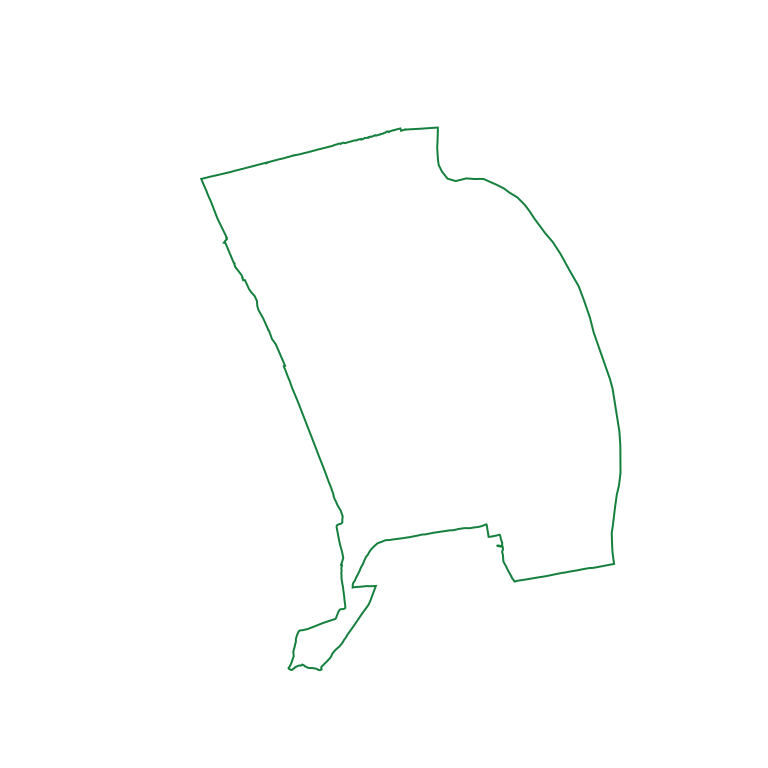 the district of Ostrov, Tulcea, Romania, rotated 152°
{"feature_id": "2599482B49066232260095", "entity_name": "Ostrov", "entity_type": "district", "adm_level": 2, "iso_a3": "ROU", "parent_name": "Romania", "parent_adm1": "Tulcea", "projection": "albers", "projection_center": [28.19, 44.921], "detail": "fine", "context": "isolated", "style": "outline", "palette": "green", "viewbox_px": 768, "rotation_deg": 152, "n_neighbors": 0, "source": "geoboundaries", "source_scale": "gbopen_adm2", "svg_char_len": 6118}
<svg xmlns="http://www.w3.org/2000/svg" viewBox="0 0 768 768"><g transform="rotate(152 384 384)"><path d="M216.1,585.2L232.9,592.7L242.6,597.2L245.9,598.6L245.8,598.8L248.4,599.3L250.0,599.5L249.6,601.9L252.9,602.8L255.9,603.3L255.9,603.5L259.3,604.2L260.7,604.3L261.3,604.1L261.5,604.2L261.6,604.3L261.5,604.6L261.8,605.1L262.2,605.2L262.5,605.4L262.9,605.5L263.2,605.6L264.2,605.3L264.7,605.3L265.0,605.4L265.4,605.4L265.8,605.6L267.4,605.6L268.0,605.8L270.3,606.3L270.4,606.1L271.0,606.4L274.5,607.0L274.6,607.5L274.9,607.8L277.2,608.0L278.1,608.1L279.2,608.2L279.7,608.5L280.0,608.9L281.2,609.1L281.6,609.0L281.8,608.7L282.2,608.8L282.3,609.2L283.5,609.3L285.3,610.2L285.7,610.3L286.4,610.2L287.1,610.1L288.2,610.1L289.5,610.6L289.6,610.8L289.4,611.2L291.2,611.7L292.0,611.7L292.2,611.9L292.3,612.0L292.9,612.0L294.1,612.1L295.7,612.9L304.9,614.9L305.3,614.9L306.6,616.1L306.9,616.3L307.5,616.3L308.0,616.2L308.3,616.4L309.1,616.5L309.6,616.3L309.9,616.8L310.2,617.1L311.8,617.6L312.7,617.6L313.7,617.8L315.4,618.3L317.5,618.4L329.0,621.2L332.8,622.2L335.2,622.6L335.9,622.9L342.8,624.4L345.5,625.2L349.5,626.1L353.0,627.1L356.5,628.3L356.5,628.1L359.7,629.0L361.0,629.1L361.7,629.4L366.1,630.3L368.6,630.9L371.5,631.8L373.8,632.2L376.7,633.0L378.5,633.3L379.2,633.6L380.9,633.8L381.5,634.1L383.9,634.1L383.6,634.6L409.6,640.8L415.2,642.2L417.6,642.7L419.9,643.2L434.2,647.0L440.7,648.8L445.0,649.8L446.6,650.3L448.0,650.6L449.1,650.9L449.5,646.4L450.1,638.4L450.4,636.2L450.7,633.6L451.2,626.2L453.4,608.0L454.1,587.0L454.6,587.1L454.8,585.6L456.6,585.1L459.1,583.9L458.8,583.6L457.8,583.6L459.8,561.1L459.3,560.8L460.0,559.3L460.0,559.0L460.4,557.5L458.7,547.2L458.9,544.2L459.3,544.2L459.6,541.7L458.0,541.0L458.6,531.2L458.2,527.4L456.9,522.5L457.2,517.0L459.2,512.5L459.8,509.8L460.1,507.5L459.9,501.8L459.9,497.8L460.6,488.0L460.8,486.5L460.6,486.5L460.6,485.9L460.6,484.6L461.4,478.6L461.6,477.8L461.8,476.5L460.9,469.8L462.8,446.5L464.1,446.8L464.4,445.1L464.7,440.9L465.0,439.1L465.3,436.9L465.6,434.2L465.7,432.0L466.7,425.6L467.1,422.3L468.3,409.3L469.7,397.3L470.8,388.3L473.9,362.2L475.4,350.5L476.1,343.9L477.3,333.9L478.9,322.6L479.1,319.6L479.4,317.5L480.4,310.9L481.0,308.8L481.3,308.0L481.7,304.8L481.6,303.7L481.6,302.7L481.9,300.1L481.9,295.8L481.6,293.3L482.5,287.2L482.8,286.2L484.4,284.0L485.0,282.9L485.5,281.8L485.9,281.3L486.3,281.1L486.9,280.9L487.7,280.9L489.7,281.3L491.2,281.4L491.9,281.3L492.3,281.0L492.8,280.4L493.2,279.5L493.5,278.2L493.7,277.8L497.1,266.8L498.5,261.6L499.7,255.9L501.6,249.6L504.8,246.3L506.7,244.7L506.8,244.5L506.5,244.4L506.2,244.1L506.2,243.9L506.2,243.6L506.4,243.3L507.8,241.9L508.3,241.1L509.1,238.9L509.4,238.6L510.2,237.5L510.9,236.3L511.1,235.6L511.2,235.2L511.4,234.7L511.7,234.3L512.3,233.4L512.7,232.5L514.9,226.2L515.4,224.4L515.8,223.2L516.5,221.6L517.8,218.1L519.4,213.8L520.0,212.6L522.4,206.2L523.1,204.8L523.5,204.4L524.0,204.3L524.5,204.2L525.5,204.4L526.0,204.5L526.7,204.9L527.8,205.4L528.5,205.5L529.1,205.5L529.7,205.2L531.5,204.0L534.9,201.1L535.9,200.1L536.7,199.6L537.3,199.4L541.5,200.2L550.0,201.6L554.3,202.1L560.3,202.7L562.4,203.0L566.6,203.5L571.3,204.8L574.1,205.9L575.5,205.6L578.4,203.4L580.8,201.0L581.8,199.8L582.5,198.3L583.5,197.0L584.5,196.1L586.1,194.1L587.4,192.7L589.5,190.6L589.8,190.1L590.5,188.3L591.7,185.9L593.3,184.4L596.6,181.3L597.7,180.4L600.4,178.6L601.4,178.2L601.7,177.9L601.8,177.6L601.5,176.8L600.0,175.0L599.5,174.7L599.1,174.7L598.7,175.0L598.2,175.2L596.7,175.1L595.7,175.6L595.0,175.7L593.8,175.5L592.3,175.5L590.4,175.0L590.1,174.6L589.6,174.5L587.9,174.6L587.8,174.2L587.7,174.0L587.1,173.7L586.6,172.8L586.5,172.4L586.5,172.1L586.1,171.5L585.6,171.1L584.6,169.4L583.5,168.4L582.6,167.8L581.9,167.6L581.1,167.1L580.0,166.4L579.3,165.8L578.0,164.9L577.1,164.0L576.4,162.8L575.6,161.8L575.0,161.5L574.1,161.3L573.1,161.3L572.8,162.5L572.4,163.3L571.3,163.8L569.6,164.4L565.0,165.7L561.7,166.9L560.1,167.4L558.6,168.3L556.3,170.0L555.2,170.6L553.1,171.5L551.6,172.0L545.9,173.4L543.7,174.4L541.4,175.5L539.1,177.0L537.3,177.7L534.3,179.6L524.7,184.4L510.1,192.1L503.7,195.1L502.0,196.0L500.5,196.9L497.7,199.1L489.3,206.6L486.0,209.5L490.3,211.5L495.0,214.1L498.3,215.3L499.4,215.9L500.7,216.3L501.9,217.0L503.3,217.6L506.7,218.9L507.2,219.0L506.6,220.1L505.7,221.6L504.7,222.7L501.8,224.2L499.1,226.5L498.3,226.9L492.8,230.8L491.7,231.9L489.6,233.4L488.7,234.1L487.5,234.6L484.9,236.8L481.2,239.7L478.3,240.9L476.9,241.9L474.4,243.4L472.0,244.4L468.6,245.4L464.5,246.4L458.6,245.6L456.7,245.5L454.8,244.9L452.3,243.6L451.0,243.2L444.7,240.9L440.0,239.1L435.2,237.5L434.1,237.0L429.8,235.7L426.9,234.8L424.4,234.1L421.2,233.2L420.1,232.8L418.6,232.0L409.5,229.2L398.1,225.1L394.6,223.9L391.6,222.4L390.3,222.0L386.9,221.2L380.9,219.1L376.1,216.5L374.8,216.0L371.9,215.1L368.4,213.7L365.7,212.9L359.5,212.0L359.7,210.7L360.0,209.8L363.4,199.9L363.0,199.7L362.8,199.6L360.2,198.7L357.1,197.8L354.8,197.1L353.2,196.9L352.8,196.6L352.6,196.3L352.7,195.1L353.6,192.3L354.2,188.3L355.8,185.5L357.0,186.2L358.5,187.4L359.3,187.9L359.7,188.1L359.9,187.9L359.8,187.6L358.2,186.5L357.1,185.5L355.6,185.0L356.1,183.1L356.6,182.2L357.1,181.5L357.6,181.2L358.3,180.7L358.6,180.2L359.2,177.5L361.5,172.1L361.9,170.9L361.9,168.7L361.8,165.1L362.0,162.5L362.1,160.7L362.0,159.3L362.0,158.3L361.9,157.5L362.0,154.5L361.8,154.4L362.0,153.0L362.0,151.6L361.7,150.8L361.5,148.3L357.6,147.3L350.2,144.7L336.1,140.0L335.1,139.6L331.6,138.4L314.3,133.3L313.3,132.7L312.1,132.4L306.6,130.7L302.0,129.1L296.9,127.6L289.4,125.2L287.2,124.2L286.9,123.9L282.7,122.5L265.3,117.1L264.8,118.6L261.5,127.5L258.5,134.1L252.9,145.5L248.3,151.7L237.4,167.4L234.6,171.2L230.4,177.0L224.0,184.3L216.9,194.5L204.2,218.8L198.4,231.7L184.4,272.5L182.2,282.1L174.7,330.9L171.0,346.0L168.2,363.8L166.2,378.8L166.8,395.8L167.1,415.9L168.3,430.0L170.9,441.6L173.7,460.4L174.2,467.0L175.5,475.6L178.6,486.1L183.5,494.3L186.2,500.2L190.4,506.2L199.9,518.4L208.2,522.7L214.8,526.9L225.4,529.5L231.5,535.5L233.1,544.3L232.9,551.6L231.2,556.4L226.0,567.9L223.2,572.5L217.5,582.4L216.1,585.2Z" fill="none" stroke="#15803d" stroke-width="2"/></g></svg>